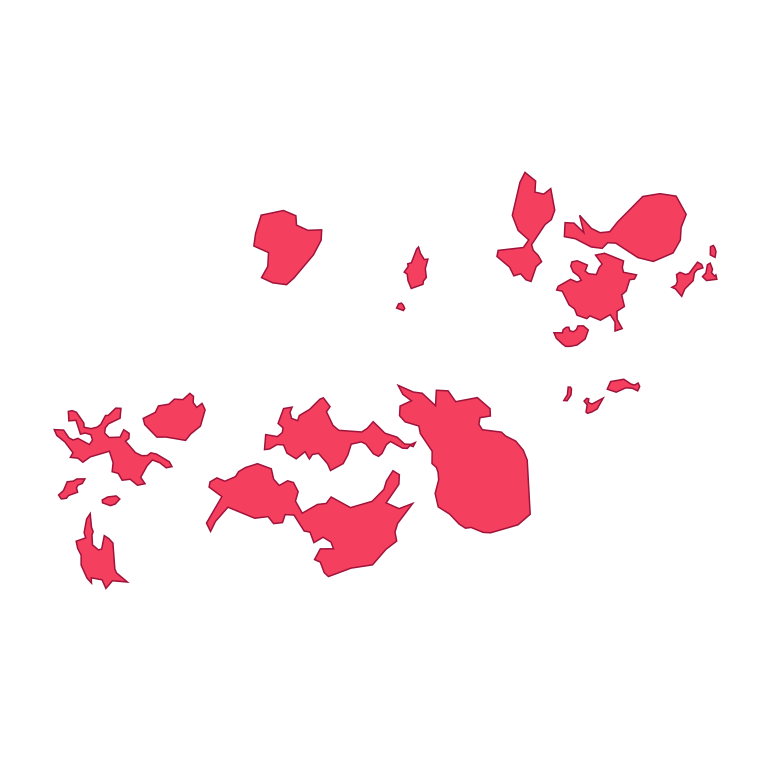 the district of Wando-gun, South Jeolla, South Korea, rotated 183°
{"feature_id": "91817680B85222249357664", "entity_name": "Wando-gun", "entity_type": "district", "adm_level": 2, "iso_a3": "KOR", "parent_name": "South Korea", "parent_adm1": "South Jeolla", "projection": "albers", "projection_center": [126.779, 34.287], "detail": "fine", "context": "isolated", "style": "filled", "palette": "rose", "viewbox_px": 768, "rotation_deg": 183, "n_neighbors": 0, "source": "geoboundaries", "source_scale": "gbopen_adm2", "svg_char_len": 6142}
<svg xmlns="http://www.w3.org/2000/svg" viewBox="0 0 768 768"><g transform="rotate(183 384 384)"><path d="M289.5,245.3L277.2,241.0L269.7,241.0L242.8,250.4L231.2,261.6L237.0,315.5L241.4,325.1L249.5,333.9L259.8,338.4L264.3,342.1L283.4,343.5L287.1,348.7L286.4,355.4L276.1,357.6L276.8,364.9L290.1,375.3L311.5,370.1L319.6,380.5L331.4,380.5L331.4,365.0L345.4,376.8L354.3,377.5L369.8,383.4L364.6,374.6L355.7,368.7L366.8,362.8L366.8,353.2L360.9,347.3L347.0,343.9L345.1,336.4L332.4,319.4L331.9,307.1L327.2,303.3L325.3,298.1L324.4,291.0L327.2,277.4L323.4,264.1L311.6,257.5L301.7,248.1L295.1,244.3L289.5,245.3ZM428.7,223.4L425.8,216.8L439.0,216.0L444.2,205.0L438.3,202.8L433.8,192.5L429.4,188.8L407.3,198.4L386.0,202.8L373.4,219.0L363.1,227.8L365.3,236.7L363.1,245.5L349.1,266.2L362.4,260.3L375.7,265.4L363.9,284.6L363.9,294.2L370.5,297.9L376.4,287.5L378.6,278.7L389.7,266.2L411.0,258.8L430.9,268.4L435.4,261.7L444.2,260.2L458.9,250.7L466.3,262.4L464.1,272.0L469.3,280.9L475.2,282.3L483.3,277.2L489.2,283.1L492.1,293.4L506.2,297.8L518.0,293.3L524.6,288.9L527.5,283.7L537.8,278.6L546.0,281.5L552.6,277.1L553.3,271.9L540.0,263.1L554.0,235.8L549.5,227.7L545.1,238.0L533.4,252.8L506.1,243.2L492.8,245.5L486.9,238.8L478.1,240.3L475.9,248.4L467.0,248.4L456.0,233.0L450.1,232.2L445.7,221.9L436.8,227.8L428.7,223.4ZM137.0,523.5L121.5,520.5L102.2,530.0L95.6,543.3L95.5,555.9L91.1,569.2L102.1,586.9L118.4,588.5L135.4,584.8L159.1,558.2L166.5,547.9L176.1,546.4L185.0,550.2L197.5,562.7L192.4,545.7L202.7,554.6L211.6,554.6L211.6,540.6L200.5,539.1L184.3,531.7L173.2,530.9L168.0,536.8L159.9,536.8L137.0,523.5ZM445.7,311.3L436.2,301.4L432.9,294.8L420.6,302.4L416.4,311.3L413.6,322.2L403.7,325.0L398.9,323.1L390.9,313.7L385.7,311.5L382.4,314.5L378.4,323.6L374.5,326.9L362.1,320.9L357.3,320.9L354.9,323.9L351.6,323.0L349.7,327.2L354.0,325.1L360.3,325.1L368.2,331.6L380.5,334.9L392.8,345.8L398.5,338.7L403.7,334.9L426.8,335.4L432.9,340.1L440.0,353.3L436.7,358.5L443.8,367.0L447.1,365.6L457.0,354.7L466.9,348.1L468.3,342.9L474.5,344.8L476.4,350.9L474.5,356.1L483.0,354.2L487.7,339.1L482.5,334.9L483.0,330.2L487.7,325.9L499.5,327.3L499.9,312.2L494.7,313.2L487.7,317.9L481.1,317.9L477.3,309.9L467.8,304.7L459.3,312.3L454.6,305.2L451.8,309.9L445.7,311.3ZM520.1,527.7L521.2,515.0L506.2,509.2L506.2,495.4L511.9,483.8L500.4,479.2L486.5,478.1L479.6,485.0L461.2,509.3L454.3,524.3L454.3,534.7L468.1,533.5L479.7,538.1L480.8,547.4L493.5,552.0L515.5,546.2L520.1,527.7ZM156.5,458.0L156.1,449.0L149.0,451.8L154.6,460.8L155.1,468.9L148.0,474.0L151.3,485.4L147.0,489.6L144.1,501.0L139.4,501.9L137.5,506.2L150.7,508.1L152.1,512.8L151.2,519.4L170.6,526.1L179.5,523.8L172.5,515.2L175.3,511.4L177.7,504.4L185.3,504.8L189.0,507.2L187.1,513.4L197.5,517.2L202.7,515.8L203.7,511.5L200.9,505.8L195.2,502.0L192.4,497.8L196.6,495.9L203.2,498.3L215.1,490.7L216.5,486.9L210.8,486.0L203.3,472.7L197.6,468.9L194.8,462.8L184.9,459.9L182.0,462.8L171.2,459.0L161.7,465.1L156.5,458.0ZM624.9,270.0L617.4,271.9L622.1,278.0L616.4,289.8L611.3,296.0L603.7,293.6L597.1,288.9L591.4,290.4L594.3,295.1L607.5,302.1L613.2,303.1L616.5,300.2L622.1,299.7L628.7,302.5L639.2,313.4L635.9,316.2L635.9,321.4L641.5,324.7L644.8,317.1L655.7,316.2L660.4,320.4L660.0,325.6L657.1,329.8L645.8,336.0L645.4,345.9L650.6,345.9L657.6,338.3L660.5,337.9L664.7,328.9L668.0,326.0L674.1,324.1L681.2,325.1L681.7,329.3L689.7,339.7L694.0,341.1L697.8,340.1L696.8,330.7L689.7,331.6L684.5,318.0L679.8,319.4L674.1,318.0L672.2,312.8L675.0,308.1L686.8,313.7L691.5,311.8L695.8,313.7L701.5,321.2L710.9,321.2L708.1,315.5L699.6,309.4L691.0,299.1L693.4,294.3L685.8,293.9L680.6,290.1L673.6,295.8L654.7,302.5L650.4,291.2L650.9,282.2L644.7,280.8L640.5,274.2L632.5,275.6L624.9,270.0ZM247.7,495.5L242.5,494.1L238.2,509.2L233.0,514.4L236.8,520.5L242.0,525.3L243.9,530.9L231.5,551.7L225.5,556.9L222.6,566.5L227.7,587.9L234.4,582.0L243.3,583.5L243.2,594.6L254.3,602.7L258.8,592.4L264.7,559.1L258.1,544.4L247.0,535.5L251.9,527.6L277.0,523.4L277.9,517.3L264.7,507.3L260.0,498.8L253.3,501.2L247.7,495.5ZM598.6,319.6L579.2,317.3L574.5,323.9L565.1,332.4L561.3,348.9L564.7,355.1L569.8,350.8L573.6,355.5L573.6,361.7L577.4,364.5L584.0,357.9L592.5,357.9L597.7,352.6L608.1,350.3L610.9,343.7L622.7,337.0L620.8,330.9L608.0,319.1L598.6,319.6ZM651.0,165.3L644.9,173.3L629.9,172.8L641.2,181.3L643.1,185.1L646.4,211.0L650.7,215.2L655.4,218.0L657.3,204.4L660.6,203.4L666.7,208.1L667.7,218.0L666.7,221.3L668.6,225.5L670.6,239.2L673.9,233.6L675.7,219.9L673.8,214.7L683.2,210.9L681.3,203.8L677.5,197.2L677.0,187.3L670.4,174.6L665.7,169.9L666.2,175.1L655.3,173.7L651.0,165.3ZM358.5,520.4L363.0,506.5L366.6,505.3L366.0,502.6L369.7,496.8L366.6,495.0L365.4,488.4L361.8,480.8L350.3,485.6L350.0,489.0L347.3,492.6L348.8,501.4L346.7,511.0L350.3,510.4L354.5,516.5L356.7,522.6L358.5,520.4ZM208.5,444.4L217.0,444.1L214.2,438.6L208.2,433.5L204.6,431.1L200.0,431.3L193.1,433.1L185.5,439.5L182.8,448.6L187.9,452.5L193.3,452.2L194.6,448.6L197.3,446.2L201.2,446.8L202.4,450.4L205.1,450.1L207.9,447.7L208.5,444.4ZM97.6,508.6L96.4,501.6L97.7,498.0L101.6,495.6L98.0,494.3L91.3,487.1L88.6,494.6L80.7,503.4L79.8,511.2L77.6,514.3L71.6,516.7L73.1,520.0L77.3,522.1L85.2,510.3L88.5,509.1L94.3,511.0L97.6,508.6ZM160.8,390.5L151.7,388.0L142.4,392.8L136.0,392.8L130.3,390.4L128.5,394.9L130.3,398.3L133.6,396.1L137.2,396.8L144.8,401.3L157.8,398.3L160.8,390.5ZM685.8,273.1L689.1,270.8L695.2,269.8L698.5,260.8L703.2,256.1L700.3,252.3L695.1,253.3L693.3,256.1L684.3,259.9L685.7,264.2L684.3,267.0L680.1,268.9L677.7,273.6L685.8,273.1ZM183.3,377.4L180.0,373.7L180.8,366.6L179.3,365.4L175.1,366.9L169.9,370.2L164.4,381.4L175.2,374.9L179.1,376.2L178.7,379.9L180.8,380.3L183.3,377.4ZM71.6,507.9L67.4,504.2L57.1,506.0L58.3,510.3L59.5,509.1L62.8,512.4L61.9,515.7L64.6,521.8L67.3,520.0L68.3,511.8L71.6,507.9ZM654.1,256.7L659.3,253.4L658.8,250.6L650.8,248.2L646.1,250.1L641.8,255.3L645.6,258.2L654.1,256.7ZM199.9,390.6L200.3,382.9L203.6,376.9L200.2,376.9L196.7,382.8L196.5,388.8L197.6,390.6L199.9,390.6ZM65.2,538.1L64.9,530.0L60.0,527.8L59.4,533.6L60.9,537.5L62.4,539.6L65.2,538.1ZM373.6,464.8L375.4,460.5L368.5,458.4L367.3,460.5L368.8,463.6L370.9,465.7L373.6,464.8Z" fill="#f43f5e" stroke="#9f1239" stroke-width="1.5"/></g></svg>